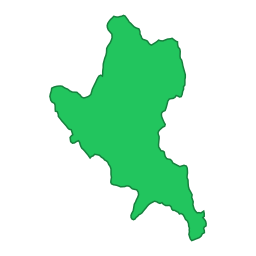 outline of Serranópolis de Minas, Minas Gerais, Brazil
{"feature_id": "56859067B28805372666394", "entity_name": "Serranópolis de Minas", "entity_type": "district", "adm_level": 2, "iso_a3": "BRA", "parent_name": "Brazil", "parent_adm1": "Minas Gerais", "projection": "natural_earth1", "projection_center": [-42.853, -15.87], "detail": "fine", "context": "isolated", "style": "filled", "palette": "green", "viewbox_px": 256, "rotation_deg": 0, "n_neighbors": 0, "source": "geoboundaries", "source_scale": "gbopen_adm2", "svg_char_len": 3993}
<svg xmlns="http://www.w3.org/2000/svg" viewBox="0 0 256 256"><path d="M51.7,88.2L51.3,91.0L50.4,93.8L49.9,96.5L50.4,98.3L50.7,100.1L52.0,102.0L54.5,103.4L55.1,105.2L55.2,107.3L55.2,109.2L55.4,111.2L57.3,111.7L58.2,114.1L58.4,116.5L60.2,118.7L61.9,121.0L63.2,122.4L64.5,123.9L66.2,125.8L67.8,128.0L69.2,129.3L71.2,129.7L72.1,132.4L72.8,134.7L71.5,135.7L70.1,137.4L70.4,139.9L70.7,141.7L72.5,143.2L74.5,142.9L76.4,141.6L78.5,140.7L79.7,142.5L80.2,144.6L81.0,146.7L81.9,148.3L83.2,149.4L84.7,151.0L86.4,153.1L88.0,155.0L89.1,156.6L90.1,158.0L91.4,156.5L93.3,155.8L94.6,154.3L97.2,154.7L99.5,155.3L101.3,157.1L103.5,158.5L104.5,159.9L106.3,160.8L107.8,162.2L108.7,164.4L110.1,166.4L111.0,169.0L111.0,171.5L111.0,174.4L111.5,177.4L111.0,180.1L110.8,182.2L111.5,183.8L113.4,184.7L115.2,185.0L116.7,185.3L118.4,185.9L120.6,186.8L124.6,186.6L126.6,185.9L128.4,186.0L129.9,186.6L131.1,187.8L132.3,188.8L134.3,189.3L136.7,189.8L138.2,192.0L138.6,194.8L137.6,197.5L136.5,199.6L135.6,201.9L134.3,204.2L133.7,207.8L133.2,210.8L131.7,213.5L131.0,215.5L131.1,217.5L132.0,219.0L133.5,219.7L135.0,219.0L136.2,217.3L137.5,216.4L138.8,214.8L140.4,214.0L142.0,212.8L143.2,211.2L144.6,209.5L145.9,208.0L147.0,206.5L148.7,204.6L150.5,203.3L152.2,202.4L154.5,201.2L156.8,201.8L158.3,202.8L160.0,203.4L161.9,202.6L163.3,204.2L165.6,205.5L167.8,205.5L169.6,205.4L171.1,206.8L171.8,209.1L173.0,210.3L174.8,210.4L176.4,211.4L178.3,212.3L179.4,214.0L181.1,213.5L182.9,214.5L184.3,216.7L185.5,219.4L187.4,221.0L188.5,223.6L188.7,226.1L189.4,228.0L189.2,229.9L189.4,231.8L188.9,234.4L189.7,237.1L190.4,239.0L191.7,240.6L193.9,239.8L195.7,239.0L197.4,238.4L199.5,237.5L201.2,236.0L202.3,233.8L204.4,232.7L204.3,230.4L203.6,228.7L204.2,227.1L206.0,225.9L206.1,223.4L205.6,221.2L204.3,219.3L202.8,217.5L204.2,216.4L204.2,213.4L203.7,211.1L202.2,212.1L200.9,213.0L198.9,212.6L197.2,212.9L195.5,211.1L194.2,209.1L193.6,207.2L192.9,204.6L193.2,201.7L192.4,199.4L191.7,197.4L192.1,194.8L190.9,192.4L189.9,190.6L189.1,189.1L188.4,186.5L188.1,183.1L188.0,180.0L187.0,177.7L187.1,175.5L187.5,173.1L187.4,170.4L187.2,168.1L186.3,166.1L184.0,165.3L182.0,165.9L179.8,166.6L177.1,165.2L174.8,164.0L172.8,162.9L171.6,160.6L170.2,159.4L168.2,159.1L166.7,158.6L165.2,156.5L164.5,153.8L164.3,152.1L162.9,151.0L161.0,150.8L159.9,148.9L158.7,147.1L158.5,144.7L158.8,141.3L159.1,138.6L159.1,136.6L158.4,134.7L158.0,132.9L158.7,131.1L159.9,129.6L161.2,128.5L162.5,127.3L164.7,126.2L165.2,124.3L164.3,122.9L163.2,120.5L162.3,118.3L161.6,116.5L161.4,114.7L161.6,112.9L162.8,111.6L165.1,110.5L166.0,108.1L166.6,106.0L167.3,103.3L167.8,101.1L169.3,99.0L171.3,98.6L173.2,98.4L175.0,97.3L176.2,95.5L178.0,96.1L179.5,97.0L181.2,96.6L182.1,94.5L182.7,91.3L183.6,89.2L183.5,86.7L184.8,85.1L184.9,82.7L184.9,79.5L185.3,77.5L185.3,74.7L184.4,71.4L183.6,68.6L182.8,65.6L182.3,62.7L181.6,60.1L180.3,58.3L180.0,56.2L180.1,53.6L180.2,51.4L179.8,49.1L178.1,47.0L177.6,44.5L177.5,41.8L175.9,41.2L174.0,39.8L172.1,38.3L170.4,38.8L167.5,39.1L165.2,40.0L162.9,40.9L160.7,40.8L158.6,40.1L157.2,41.4L155.8,42.4L153.9,43.6L151.4,45.1L149.4,44.0L148.4,42.6L147.4,41.1L145.9,40.3L144.4,39.8L142.8,39.3L141.7,38.0L141.2,36.3L140.0,34.1L139.9,31.4L138.9,28.9L136.3,28.0L134.2,26.9L132.4,25.1L130.7,23.3L129.2,22.1L128.1,20.2L126.4,17.9L125.1,16.1L123.5,15.4L121.6,16.3L120.1,16.5L118.1,17.1L115.7,16.9L113.8,16.3L112.3,17.9L110.6,19.4L109.2,21.2L107.8,23.4L107.2,25.6L107.4,27.6L108.3,29.9L110.0,31.9L111.9,34.1L112.1,37.8L111.2,40.5L110.2,42.7L108.9,44.6L107.8,46.2L106.7,48.4L106.6,50.2L106.5,52.6L105.9,55.4L104.8,58.1L104.2,60.4L103.3,63.8L103.2,65.8L103.2,67.6L102.9,69.7L102.7,71.7L102.7,73.7L102.4,76.1L100.7,75.2L99.0,76.0L97.9,77.7L96.8,79.8L95.9,81.9L95.1,83.5L94.3,85.1L93.4,87.0L92.3,89.3L91.7,91.6L90.8,94.6L88.4,96.5L85.9,97.4L83.8,98.0L81.5,97.0L80.1,95.0L78.3,93.6L76.9,92.3L75.1,92.2L72.4,92.1L69.9,90.9L67.6,89.1L65.5,88.3L63.8,87.4L62.3,86.3L60.5,86.0L58.6,86.1L56.8,86.3L54.1,87.0L51.7,88.2Z" fill="#22c55e" stroke="#15803d" stroke-width="1.5"/></svg>